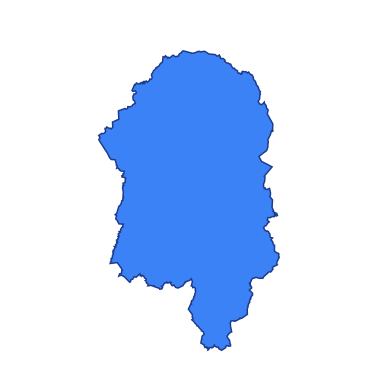 Turicato, Michoacán, Mexico (Robinson projection), rotated 206°
{"feature_id": "50627088B87048216437390", "entity_name": "Turicato", "entity_type": "district", "adm_level": 2, "iso_a3": "MEX", "parent_name": "Mexico", "parent_adm1": "Michoacán", "projection": "robinson", "projection_center": [-101.446, 18.943], "detail": "fine", "context": "isolated", "style": "filled", "palette": "blue", "viewbox_px": 384, "rotation_deg": 206, "n_neighbors": 0, "source": "geoboundaries", "source_scale": "gbopen_adm2", "svg_char_len": 5970}
<svg xmlns="http://www.w3.org/2000/svg" viewBox="0 0 384 384"><g transform="rotate(206 192 192)"><path d="M290.7,263.2L290.4,256.9L289.1,256.5L287.3,258.1L285.5,256.9L285.7,255.7L287.1,254.7L287.1,252.1L285.3,249.0L283.2,248.4L281.7,246.7L282.4,246.2L283.5,244.3L283.5,243.3L284.8,241.5L287.1,240.6L286.6,239.1L286.8,238.3L287.8,237.4L288.8,237.7L293.7,232.7L289.7,225.3L294.1,220.0L291.6,215.4L292.3,213.2L293.2,213.5L294.5,212.9L297.1,213.1L297.1,211.7L298.0,211.2L297.9,210.6L296.3,208.9L296.3,207.3L296.9,205.9L299.0,204.9L300.6,201.9L298.3,200.5L298.8,198.4L298.1,197.7L284.4,189.4L281.5,187.0L279.0,185.8L275.2,187.3L271.9,183.6L271.6,182.7L270.6,182.8L270.1,180.4L269.7,181.0L267.2,180.7L267.1,180.1L265.1,179.7L261.9,180.9L261.4,178.4L262.0,178.0L261.2,176.7L262.2,175.8L261.5,174.8L258.4,175.6L257.6,175.3L257.8,174.4L257.1,173.7L257.0,172.4L256.2,171.4L257.8,169.7L257.6,169.0L256.1,168.2L257.0,167.2L256.1,166.3L256.3,165.4L253.6,161.6L252.3,158.3L251.6,158.0L251.4,157.5L251.8,157.5L251.1,156.5L251.5,156.0L250.5,154.3L251.3,153.2L250.7,151.4L250.7,149.8L250.9,148.1L251.5,147.2L250.3,140.0L251.1,137.9L249.5,137.9L248.8,134.4L247.3,134.0L243.7,131.3L239.6,133.0L239.6,131.8L238.8,130.1L239.4,129.9L239.8,127.2L239.1,126.3L239.2,125.4L240.1,124.5L239.0,124.2L239.5,123.5L239.3,122.7L239.9,122.0L239.2,120.9L238.6,120.8L239.0,119.6L238.0,119.5L238.3,117.6L238.0,117.2L238.6,115.9L238.0,116.0L238.0,114.8L236.9,114.2L237.6,113.6L237.0,112.8L237.6,111.0L236.7,110.5L236.9,109.5L237.8,109.0L236.5,108.6L237.0,107.7L236.8,106.2L237.3,104.9L236.4,104.4L236.9,104.0L236.6,103.0L236.1,102.1L235.4,102.0L235.6,99.7L234.7,98.0L235.4,97.0L234.9,96.7L235.2,96.1L234.4,95.1L234.6,93.7L234.2,91.9L228.2,95.8L219.7,91.1L220.4,91.5L220.8,91.1L219.7,88.1L221.2,86.7L220.9,84.3L219.1,86.3L215.5,86.1L208.4,83.6L207.9,84.3L208.5,86.0L207.0,87.9L206.9,90.4L204.8,91.0L203.0,95.6L201.7,94.0L200.8,94.9L200.2,94.3L199.7,95.5L198.0,95.0L197.2,94.0L195.1,93.8L194.7,92.4L195.1,91.9L194.4,91.8L192.9,90.2L191.8,90.3L190.7,89.4L190.7,88.3L189.2,89.1L188.6,89.9L186.0,90.3L185.7,91.0L184.9,91.1L184.6,90.4L178.9,91.1L178.4,90.5L176.6,91.8L176.7,93.6L177.9,94.1L177.1,94.7L176.7,98.4L175.1,99.1L175.2,100.0L173.7,99.6L171.6,101.8L171.1,101.5L171.2,100.5L169.2,99.2L168.4,99.2L167.6,100.4L164.9,99.1L162.5,99.5L159.1,103.8L158.7,107.3L158.1,107.7L158.6,108.4L155.3,111.5L154.6,113.7L152.3,111.6L151.5,107.3L150.0,107.4L149.4,106.4L148.2,107.2L147.3,107.1L146.6,106.7L146.1,105.2L145.0,104.1L144.8,101.5L144.3,100.5L144.3,98.6L143.8,97.8L144.3,98.1L143.8,95.5L144.7,94.0L144.3,92.6L143.5,92.3L144.2,92.3L144.2,91.5L143.3,91.0L144.0,90.1L143.9,85.1L137.9,81.9L136.8,79.4L135.5,79.0L135.5,78.0L136.2,77.1L134.8,76.6L134.0,76.7L131.7,75.3L129.9,74.9L129.0,73.9L127.8,74.1L125.6,72.9L123.7,72.4L122.6,71.3L120.9,71.5L118.7,69.5L119.7,67.0L117.8,60.1L114.1,59.9L113.8,59.1L113.0,59.0L112.2,57.9L111.3,58.8L110.2,58.3L110.3,59.0L108.9,59.0L108.4,57.0L107.9,57.6L108.1,58.6L107.7,60.1L107.0,60.6L105.9,60.5L104.9,61.9L104.8,64.2L103.9,63.4L101.7,63.4L100.2,64.1L99.2,62.9L96.0,62.7L93.6,66.7L93.7,68.8L93.2,69.4L91.7,69.4L89.9,70.4L90.6,72.0L91.4,72.5L93.3,75.2L95.5,76.2L97.3,77.7L96.8,80.6L95.9,82.8L95.0,83.6L98.6,88.3L100.1,91.1L100.4,93.1L97.8,94.8L97.2,94.4L96.2,95.2L93.7,98.7L93.9,99.3L93.1,99.3L93.0,99.8L91.9,100.4L88.6,106.3L91.0,110.9L91.4,113.7L92.0,113.9L91.8,115.5L92.3,116.5L91.7,117.9L92.7,119.5L92.3,121.2L92.9,121.7L92.9,122.4L92.5,122.8L93.0,123.5L92.4,126.1L93.3,127.6L97.5,129.0L96.3,132.0L97.8,133.4L99.1,133.7L98.9,134.2L99.3,134.9L100.3,135.0L100.3,135.7L99.8,136.1L100.0,139.8L99.6,140.9L97.0,143.3L92.9,144.2L92.4,144.8L90.5,145.4L90.5,147.1L87.6,154.3L86.2,154.6L85.4,158.2L86.3,158.8L86.6,159.8L83.4,164.0L84.2,164.4L85.0,166.3L85.0,171.7L86.0,172.2L86.7,174.3L87.4,174.8L89.3,174.4L92.2,175.3L94.4,180.3L95.6,180.3L98.0,182.9L100.1,183.5L99.5,186.0L101.5,185.5L102.3,186.1L103.8,188.6L104.9,189.0L106.0,189.9L107.2,190.0L107.5,189.4L109.7,189.6L112.1,191.3L111.3,193.8L110.6,194.4L110.4,197.0L109.5,199.0L112.1,199.8L111.9,200.3L112.5,201.0L112.5,202.4L110.6,203.0L109.1,205.2L107.3,205.8L107.1,207.5L105.9,207.3L104.9,208.3L106.5,209.9L108.1,208.1L108.5,208.7L108.0,209.8L110.8,210.0L110.5,210.8L113.3,213.3L116.2,220.2L120.2,222.1L120.1,223.4L121.1,225.7L123.9,229.2L125.9,227.0L127.2,226.8L128.2,227.7L128.7,227.0L129.9,228.1L131.1,230.2L131.4,233.4L132.5,236.4L133.2,237.8L134.0,237.9L131.0,249.7L143.0,250.0L147.5,253.3L143.1,262.0L143.5,265.5L144.9,268.7L145.0,269.7L146.8,272.5L146.7,277.8L147.4,281.9L146.2,281.8L146.0,282.4L146.9,283.3L149.2,288.6L158.6,295.2L159.5,299.1L161.8,300.1L163.3,302.2L165.9,303.5L166.4,304.4L167.4,301.2L169.8,300.8L172.2,302.3L172.0,305.1L173.3,308.4L173.4,309.9L174.3,310.5L174.4,312.0L176.2,312.9L178.9,315.7L180.9,316.4L183.5,319.2L186.0,320.1L187.3,322.1L189.5,323.6L191.0,323.3L193.7,324.6L194.3,323.3L196.1,323.8L198.4,322.7L199.2,322.8L199.7,322.2L199.6,321.2L198.9,320.7L199.4,319.5L199.9,319.1L200.7,319.8L201.6,319.7L202.2,319.0L203.1,319.2L204.3,320.9L206.9,321.0L208.1,321.9L208.9,321.2L210.1,321.4L213.4,323.9L214.2,323.5L216.0,323.8L216.8,323.2L220.1,323.8L220.1,325.0L222.5,325.6L225.0,324.5L226.2,326.3L227.1,326.3L227.5,327.0L228.9,325.0L231.0,325.6L232.2,325.4L237.0,323.5L242.4,324.0L245.8,321.7L247.6,321.5L251.0,317.8L252.7,316.8L261.6,315.1L262.4,314.3L262.7,312.5L263.8,310.7L264.0,307.8L264.8,307.6L265.9,306.3L269.0,306.7L270.9,302.7L272.2,302.7L272.4,301.6L274.1,302.6L274.9,302.3L275.5,302.8L275.8,302.2L275.5,301.4L277.3,300.9L275.5,295.9L276.7,293.6L277.0,290.5L278.2,288.9L278.2,288.2L278.9,287.7L278.5,287.2L279.7,284.0L279.6,281.2L280.0,280.4L279.4,278.8L278.2,278.0L277.8,276.1L278.3,275.4L279.5,275.0L279.1,273.7L280.3,271.0L281.6,271.7L282.1,271.4L282.3,268.8L283.1,269.3L283.2,270.4L283.6,270.4L284.4,269.1L283.3,268.7L283.7,267.5L285.5,268.1L286.3,267.3L286.0,266.3L287.7,265.7L289.8,265.6L289.8,263.5L290.1,263.0L290.7,263.2Z" fill="#3b82f6" stroke="#1e3a8a" stroke-width="1.5"/></g></svg>